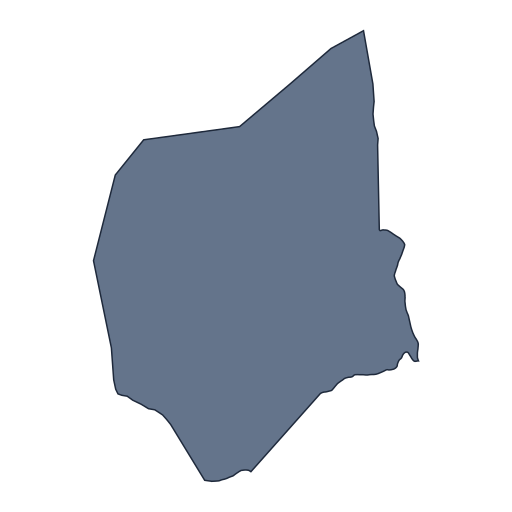 the district of Santa Lucia, Francisco Morazán, Honduras
{"feature_id": "27666195B58255966540050", "entity_name": "Santa Lucia", "entity_type": "district", "adm_level": 2, "iso_a3": "HND", "parent_name": "Honduras", "parent_adm1": "Francisco Morazán", "projection": "robinson", "projection_center": [-87.068, 14.129], "detail": "fine", "context": "isolated", "style": "filled", "palette": "slate", "viewbox_px": 512, "rotation_deg": 0, "n_neighbors": 0, "source": "geoboundaries", "source_scale": "gbopen_adm2", "svg_char_len": 5839}
<svg xmlns="http://www.w3.org/2000/svg" viewBox="0 0 512 512"><path d="M418.5,360.9L418.2,360.2L418.0,359.6L417.8,358.9L417.6,358.4L417.5,358.0L417.5,357.7L417.4,357.3L417.4,357.0L417.4,355.6L417.4,353.3L417.4,352.8L417.5,352.0L417.6,351.0L417.9,349.1L418.0,348.0L418.1,346.7L418.2,346.0L418.2,344.9L418.3,344.4L418.2,344.0L418.2,343.7L418.2,343.4L418.1,343.1L418.0,342.7L417.9,342.4L417.8,342.1L417.4,341.2L417.2,340.9L416.8,340.2L416.5,339.6L416.2,339.1L415.8,338.5L415.4,338.0L415.2,337.6L414.9,337.2L414.5,336.4L414.2,335.8L413.9,335.2L413.6,334.5L413.1,333.4L412.8,332.8L412.4,331.6L412.2,331.0L411.9,330.3L411.4,328.7L410.9,327.0L410.7,326.2L410.6,325.7L408.6,316.7L408.5,316.1L408.4,315.8L408.3,315.5L408.2,315.3L408.0,314.7L407.6,313.8L407.4,313.4L407.1,312.7L406.6,311.3L406.1,309.9L406.0,309.6L405.9,309.3L405.9,308.9L405.8,308.4L405.5,306.7L405.3,305.2L405.2,304.0L405.0,302.3L404.9,301.5L404.9,301.0L404.9,300.6L405.0,299.2L405.0,298.6L405.1,297.9L405.0,296.8L405.0,295.7L405.0,295.2L404.9,294.4L404.8,293.7L404.8,293.2L404.7,292.8L404.5,292.2L404.5,291.9L404.4,291.6L404.3,291.3L404.1,290.9L403.9,290.5L403.8,290.3L403.6,289.9L403.3,289.6L403.1,289.3L402.8,289.0L402.3,288.6L401.8,288.2L400.7,287.3L400.0,286.7L399.1,285.9L398.1,285.0L397.8,284.7L397.5,284.4L397.3,284.2L397.2,283.9L396.7,282.9L396.3,281.8L395.8,280.6L395.5,279.9L395.0,278.5L394.8,277.8L394.6,277.1L394.4,276.3L394.3,276.2L394.3,275.7L394.3,275.3L394.4,274.7L394.5,274.4L394.6,274.0L394.8,273.1L395.2,272.1L395.6,270.9L396.0,269.5L396.8,267.4L397.1,266.5L397.3,265.9L397.6,265.0L397.7,264.4L397.8,263.6L398.0,263.1L398.1,262.4L398.2,262.1L398.4,261.8L398.7,261.0L399.0,260.3L399.6,259.2L400.0,258.4L400.2,257.8L400.9,256.2L401.6,254.6L401.9,253.7L402.9,250.8L404.1,247.5L404.3,246.8L404.4,246.3L404.5,245.8L404.6,245.3L404.6,245.2L404.7,244.9L404.6,244.7L404.6,244.3L404.5,244.2L404.2,243.4L404.0,243.1L403.8,242.7L403.5,242.4L403.2,241.9L402.8,241.3L402.0,240.4L401.6,240.0L401.2,239.5L400.5,238.9L400.2,238.5L399.9,238.3L399.5,238.0L398.5,237.4L397.2,236.6L396.5,236.2L393.3,234.1L392.2,233.3L390.3,232.0L389.9,231.8L389.1,231.3L388.6,231.0L388.1,230.7L387.7,230.5L387.2,230.3L386.7,230.2L385.9,230.1L385.2,230.0L384.9,230.0L384.3,230.0L383.6,229.9L382.8,229.9L382.5,230.0L382.2,230.0L381.9,230.1L381.7,230.2L381.5,230.3L381.2,230.4L381.0,230.5L380.9,230.5L380.7,230.6L380.3,230.6L380.1,230.6L379.9,230.5L379.8,230.3L379.6,230.2L379.4,229.8L379.3,229.5L377.6,145.0L378.1,138.5L376.5,131.4L374.4,126.0L373.7,120.9L373.0,114.1L373.5,107.1L374.1,101.5L372.9,84.0L363.5,30.7L331.0,48.5L289.9,84.1L239.6,126.6L143.7,139.8L115.3,175.0L93.5,260.7L111.4,347.9L113.7,379.8L115.7,389.2L118.0,393.9L121.9,395.3L127.2,396.2L132.9,400.3L141.1,404.2L148.5,408.7L154.8,409.8L162.6,414.9L166.5,419.3L170.6,424.4L204.7,480.3L211.1,481.2L211.3,481.3L211.5,481.3L211.9,481.3L213.8,481.2L215.7,481.1L217.0,481.0L218.4,480.9L218.8,480.8L219.4,480.7L221.2,480.0L221.8,479.8L222.9,479.5L223.9,479.3L225.3,478.9L226.2,478.6L226.7,478.4L227.0,478.3L228.1,477.8L228.7,477.5L229.3,477.2L229.7,477.1L230.7,476.7L232.1,476.2L232.4,476.1L232.8,476.0L233.0,475.9L233.2,475.7L233.7,475.4L235.1,474.3L235.8,473.8L236.5,473.3L237.9,472.4L239.2,471.5L239.8,471.2L240.5,470.8L240.7,470.6L241.0,470.5L241.3,470.4L241.6,470.4L242.4,470.3L242.9,470.2L243.9,470.1L244.9,470.0L245.6,470.0L246.1,470.0L247.3,470.1L248.0,470.2L248.3,470.3L248.6,470.3L248.8,470.4L249.1,470.5L249.7,470.9L250.0,471.1L250.5,471.4L250.9,471.7L320.4,393.5L320.7,393.3L321.2,393.1L321.4,392.9L322.0,392.7L322.7,392.4L323.1,392.3L323.6,392.2L323.8,392.1L325.1,392.0L325.9,391.9L326.4,391.8L327.7,391.5L329.5,391.0L330.4,390.8L331.4,390.5L331.5,390.4L331.8,390.2L332.0,390.1L332.2,389.9L333.2,388.7L333.8,388.0L335.4,386.0L336.1,385.2L336.7,384.5L337.3,383.8L337.4,383.7L337.7,383.4L338.0,383.2L338.5,382.8L338.9,382.5L340.3,381.5L341.3,380.8L342.4,380.1L343.7,379.1L344.0,378.8L344.5,378.5L344.8,378.4L345.1,378.2L346.3,377.8L346.8,377.7L347.9,377.4L348.4,377.3L348.9,377.2L349.2,377.2L350.0,377.2L350.7,377.1L351.3,377.0L351.5,376.9L351.9,376.8L352.4,376.6L352.6,376.4L352.9,376.2L353.2,376.0L353.3,375.9L353.5,375.7L353.8,375.3L354.2,375.1L354.4,375.0L354.7,374.8L355.0,374.7L355.5,374.7L357.4,374.6L359.6,374.7L362.2,374.7L362.9,374.7L363.3,374.7L363.8,374.8L365.2,374.9L365.8,375.0L366.7,375.0L367.2,375.0L367.6,375.0L368.1,374.9L368.9,374.8L369.3,374.7L370.3,374.6L370.8,374.6L371.9,374.5L373.1,374.5L374.0,374.5L374.7,374.4L375.5,374.3L376.0,374.2L376.5,374.1L377.4,373.8L378.1,373.6L379.3,373.1L380.5,372.6L382.8,371.6L384.1,371.0L385.6,370.2L386.0,370.0L386.5,369.8L387.0,369.7L387.5,369.7L388.1,369.8L388.4,369.9L388.8,369.9L389.3,369.9L389.7,369.9L390.0,369.9L390.4,369.8L391.4,369.7L392.0,369.5L392.6,369.4L393.7,369.1L394.2,368.9L394.5,368.7L394.8,368.5L395.3,368.2L395.5,368.1L395.7,367.9L396.1,367.5L396.3,367.3L396.6,366.9L396.8,366.7L397.0,366.3L397.1,366.1L397.2,365.8L397.3,365.3L397.3,364.7L397.4,364.4L397.5,363.9L397.6,363.5L397.9,362.8L398.1,362.2L398.3,361.8L398.5,361.3L398.8,360.8L398.9,360.5L399.1,360.3L399.3,360.0L399.5,359.7L400.0,359.3L400.4,359.0L400.8,358.7L401.0,358.4L401.5,357.9L401.6,357.6L401.7,357.4L401.9,357.0L402.0,356.9L402.2,356.3L402.3,355.9L402.5,355.5L402.6,355.3L402.8,354.9L402.9,354.7L403.1,354.5L403.3,354.1L403.5,353.8L403.9,353.4L404.2,353.1L404.5,352.9L404.8,352.6L405.1,352.4L405.6,352.2L405.8,352.2L406.0,352.1L406.4,352.1L406.6,352.1L406.8,352.1L407.1,352.1L407.4,352.2L407.6,352.3L407.8,352.4L408.0,352.5L408.3,352.8L408.8,353.6L409.3,354.4L409.7,355.1L410.2,355.8L411.4,357.8L411.6,358.2L412.0,358.8L412.2,359.0L412.5,359.5L412.7,359.8L413.0,360.0L413.2,360.3L413.5,360.6L413.7,360.8L413.8,360.9L414.0,361.0L414.4,361.2L414.7,361.3L414.9,361.3L415.1,361.3L415.7,361.3L417.3,361.0L418.1,360.9L418.5,360.9Z" fill="#64748b" stroke="#1e293b" stroke-width="1.5"/></svg>